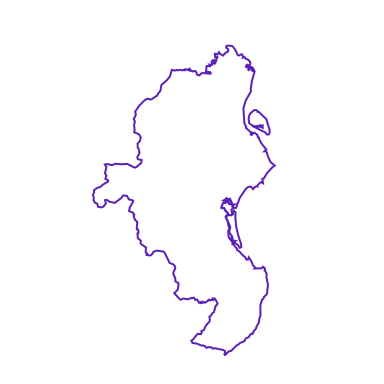 outline of Muisne, Esmeraldas, Ecuador, rotated 193°
{"feature_id": "8360857B78809265584676", "entity_name": "Muisne", "entity_type": "district", "adm_level": 2, "iso_a3": "ECU", "parent_name": "Ecuador", "parent_adm1": "Esmeraldas", "projection": "albers", "projection_center": [-79.984, 0.54], "detail": "fine", "context": "isolated", "style": "outline", "palette": "violet", "viewbox_px": 384, "rotation_deg": 193, "n_neighbors": 0, "source": "geoboundaries", "source_scale": "gbopen_adm2", "svg_char_len": 6077}
<svg xmlns="http://www.w3.org/2000/svg" viewBox="0 0 384 384"><g transform="rotate(193 192 192)"><path d="M157.6,45.0L153.4,45.4L148.1,44.5L146.6,45.0L144.4,44.5L142.9,43.4L141.7,44.4L138.2,45.0L136.5,44.1L134.7,44.9L126.1,45.1L124.1,44.5L123.5,43.2L124.0,41.6L123.4,40.7L122.8,40.9L120.4,44.9L118.0,46.1L114.0,52.7L113.2,53.0L111.1,55.8L107.5,58.3L106.5,61.6L104.1,63.3L103.2,66.0L101.9,67.6L101.0,67.4L100.4,70.6L98.9,73.2L98.8,75.8L97.4,80.0L97.9,83.6L97.5,86.9L99.9,97.1L99.5,102.9L98.4,104.0L98.3,106.0L96.2,108.9L96.1,110.4L97.1,118.6L100.2,125.6L100.9,129.1L102.8,131.5L103.3,131.7L103.8,131.0L103.4,132.7L104.0,134.4L103.6,134.8L104.7,134.3L106.1,135.1L106.9,133.4L113.6,131.6L113.1,132.3L116.3,134.5L118.5,137.8L122.0,141.1L122.2,139.0L123.7,138.3L126.0,140.9L127.5,141.3L133.0,145.0L135.0,145.6L135.4,146.8L138.5,149.1L139.9,151.1L141.4,149.6L140.4,151.5L144.7,154.8L146.6,157.2L147.9,162.3L147.4,165.4L148.9,167.2L150.7,171.5L153.7,175.3L153.4,176.7L151.7,177.8L151.9,178.8L155.5,181.4L157.1,183.4L159.6,183.0L159.9,183.3L160.0,184.0L159.3,188.3L158.8,188.8L157.2,189.0L157.1,191.3L155.7,191.7L156.9,193.2L158.3,191.2L159.1,190.7L159.5,190.8L158.3,191.6L157.0,193.8L155.3,192.4L154.4,193.0L154.6,194.3L154.3,193.6L153.5,194.0L149.4,188.8L147.9,189.4L148.8,188.1L148.1,186.1L146.0,186.1L145.4,186.6L144.2,196.9L140.2,207.3L138.2,209.7L136.4,210.3L134.9,210.0L133.2,208.5L132.0,210.8L130.5,212.1L129.4,212.1L129.7,213.1L127.7,216.6L126.7,217.1L124.8,216.5L126.5,220.8L125.1,221.3L123.1,227.3L119.4,233.9L117.3,236.4L122.2,238.8L126.5,244.4L127.8,247.1L129.2,248.4L130.5,248.0L129.1,250.1L134.9,254.6L137.9,258.0L139.0,260.1L140.0,260.0L141.4,262.5L144.6,263.8L146.5,262.3L147.6,262.5L147.6,261.5L146.9,261.8L146.5,261.3L147.4,260.3L146.7,261.4L147.7,261.4L147.8,262.5L146.4,262.6L146.0,263.3L148.9,263.8L154.0,266.7L153.8,267.6L156.4,270.7L160.7,284.9L160.3,292.9L157.2,303.4L157.9,305.4L158.6,314.0L158.1,322.9L161.3,324.1L163.5,326.7L166.6,328.3L167.3,326.3L164.6,326.1L164.0,325.7L164.0,323.8L164.6,322.7L164.4,325.8L167.0,325.8L167.8,326.7L166.9,328.5L164.6,328.1L164.0,330.2L164.7,331.8L167.1,333.6L169.7,334.0L171.1,335.1L172.1,334.6L171.7,335.4L173.1,335.8L174.1,337.3L175.0,337.2L177.0,335.5L178.3,335.8L181.3,339.7L184.6,342.7L186.1,343.3L190.5,342.6L191.4,341.8L191.3,340.4L188.8,339.1L188.4,338.1L188.7,336.8L190.7,335.1L192.5,331.9L196.1,333.1L197.2,334.3L198.2,331.7L200.3,332.1L200.9,331.7L199.7,328.5L198.3,329.4L197.4,329.0L198.2,327.6L197.8,325.9L198.6,322.3L199.1,322.0L200.0,322.6L199.4,325.4L201.1,325.3L202.3,323.2L201.1,321.3L201.2,320.3L203.5,320.1L202.4,319.2L202.6,318.6L206.0,318.0L205.5,312.5L201.3,312.8L200.5,312.3L200.6,311.4L208.5,310.3L209.8,309.5L210.9,307.4L213.2,307.3L215.4,310.4L217.4,310.3L218.7,309.5L219.7,310.0L221.4,309.7L221.7,310.1L221.1,310.7L222.0,311.6L223.0,310.1L223.5,310.5L224.0,310.0L225.6,310.0L225.2,309.1L226.1,309.9L226.4,309.1L227.0,309.4L228.2,308.5L230.9,308.3L233.3,307.3L234.4,307.5L236.0,306.5L239.1,306.4L239.5,299.6L241.6,295.4L245.9,289.4L245.5,283.6L247.2,280.3L247.6,278.3L252.1,273.4L253.4,272.7L256.2,273.0L258.8,270.8L262.9,264.2L265.5,257.3L264.2,255.2L264.4,252.1L265.3,250.3L263.5,247.8L263.5,244.3L261.8,239.3L261.8,237.2L256.6,236.3L254.3,233.9L254.2,229.9L255.9,227.0L254.8,222.9L253.8,222.3L252.1,218.7L252.0,217.0L253.1,214.5L253.0,213.2L252.5,212.2L251.0,211.7L248.2,211.8L248.0,208.9L251.8,203.7L253.4,202.8L261.4,204.8L266.8,203.2L273.2,202.2L275.8,200.2L280.6,200.2L283.1,199.2L281.0,197.1L281.0,190.6L279.1,188.8L279.3,185.2L276.8,184.8L276.0,183.4L280.4,179.2L282.4,176.4L285.6,174.4L287.9,171.7L287.3,169.4L287.9,166.8L286.3,164.2L286.1,161.9L284.1,159.7L281.6,159.3L280.3,156.5L276.9,156.6L275.0,157.9L273.3,161.3L274.9,164.5L273.2,165.2L270.3,164.0L264.8,164.0L260.0,169.7L258.1,173.3L254.4,173.5L251.9,170.7L247.5,170.4L247.3,169.1L249.2,162.7L249.0,159.2L244.9,158.6L243.1,156.9L243.7,156.3L243.0,154.5L241.2,152.1L238.6,150.5L237.7,144.3L237.3,143.2L236.2,143.4L235.0,141.2L235.6,140.1L235.1,139.4L235.7,138.9L234.4,134.9L231.0,133.1L230.6,130.6L229.7,129.7L224.4,127.7L223.6,123.0L222.9,122.2L221.9,122.1L221.9,120.4L218.2,120.8L217.0,122.2L216.0,125.2L213.1,127.0L206.5,127.5L205.3,127.1L197.8,117.8L194.1,117.3L192.3,116.2L191.1,113.8L192.1,109.5L191.8,108.0L189.0,104.4L188.0,101.1L184.9,100.3L184.2,98.4L183.9,93.6L186.5,89.4L179.1,84.4L176.3,86.3L171.4,86.6L169.1,88.6L168.2,88.4L166.3,89.4L164.5,87.6L163.0,88.4L160.3,85.8L159.8,86.2L158.9,85.5L157.9,86.0L158.2,86.8L156.6,86.7L156.6,87.5L154.6,87.0L152.0,89.5L151.7,90.7L150.9,91.0L149.9,90.4L148.5,91.5L147.5,91.4L147.8,92.7L146.7,92.3L146.5,93.2L145.6,93.2L142.1,89.3L142.2,87.8L143.3,86.5L143.6,79.8L144.9,78.4L145.9,75.4L147.0,74.5L146.0,72.0L145.8,69.2L147.3,67.4L148.9,63.4L149.3,60.2L151.6,58.5L150.9,57.0L151.4,55.5L154.7,55.0L157.9,48.4L159.2,47.0L157.6,45.0ZM133.3,266.3L132.2,265.0L130.6,265.1L129.7,266.1L129.8,267.9L130.4,270.0L136.0,279.7L144.6,284.9L146.2,284.9L146.4,285.7L148.0,286.3L149.8,285.8L152.7,281.9L153.4,279.8L153.3,276.0L151.8,271.9L146.6,269.7L146.5,270.3L145.0,270.1L144.0,270.9L143.4,271.1L142.5,270.5L141.0,271.3L137.8,270.8L138.3,272.3L138.9,271.4L139.3,271.3L140.2,271.4L140.8,272.0L140.6,272.5L139.7,272.3L140.6,271.9L139.2,271.4L138.1,272.5L137.5,270.5L141.1,271.0L142.5,270.2L143.6,270.9L146.0,269.4L133.3,266.3ZM139.0,152.2L135.2,150.6L133.0,148.3L131.6,149.2L132.4,152.2L137.1,160.0L141.1,168.1L143.8,176.1L144.9,181.6L147.0,183.3L147.6,181.4L146.9,179.6L148.7,178.0L150.1,178.0L152.4,176.9L153.3,175.3L147.1,166.9L146.6,165.1L147.0,162.6L146.3,160.7L142.8,157.6L142.6,156.3L141.2,155.6L142.7,155.8L141.4,154.0L138.9,154.1L139.9,153.3L139.0,152.8L139.0,152.2ZM151.4,177.9L148.9,178.2L147.7,179.5L149.6,183.3L148.7,185.5L150.4,189.0L151.1,189.2L152.7,188.4L156.5,191.4L156.9,188.7L158.8,188.6L159.3,188.0L159.8,183.4L156.8,183.6L155.3,181.6L152.0,179.4L151.4,177.9ZM153.8,192.5L155.2,191.5L155.1,190.6L153.2,189.1L152.0,188.9L151.0,190.2L153.8,192.5ZM160.7,324.1L158.6,324.2L159.8,325.9L162.0,327.2L163.4,327.3L160.7,324.1Z" fill="none" stroke="#5b21b6" stroke-width="2"/></g></svg>